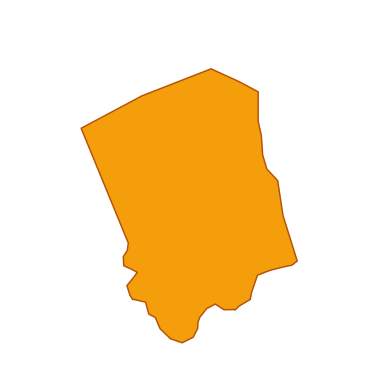 Mellerud, Västra Götaland, Sweden (Albers equal-area conic projection), rotated 227°
{"feature_id": "70781695B28344262532925", "entity_name": "Mellerud", "entity_type": "district", "adm_level": 2, "iso_a3": "SWE", "parent_name": "Sweden", "parent_adm1": "Västra Götaland", "projection": "albers", "projection_center": [12.416, 58.693], "detail": "fine", "context": "isolated", "style": "filled", "palette": "amber", "viewbox_px": 384, "rotation_deg": 227, "n_neighbors": 0, "source": "geoboundaries", "source_scale": "gbopen_adm2", "svg_char_len": 699}
<svg xmlns="http://www.w3.org/2000/svg" viewBox="0 0 384 384"><g transform="rotate(227 192 192)"><path d="M76.3,143.4L76.5,148.5L73.7,161.3L78.2,167.5L86.5,183.2L81.4,195.8L75.4,206.8L70.3,215.3L69.8,221.9L112.7,242.5L141.9,262.4L157.7,262.4L171.0,269.0L185.6,280.9L198.8,288.8L220.1,308.7L240.0,301.9L268.2,290.3L269.1,289.9L296.5,220.9L314.2,154.4L198.1,110.6L193.3,104.7L191.6,97.7L184.6,91.8L178.2,94.5L170.6,97.2L169.5,91.8L167.9,80.5L158.8,76.2L153.7,75.3L153.2,76.2L143.1,82.9L132.1,77.1L125.4,79.6L113.6,75.4L99.3,76.2L88.4,82.0L85.0,93.8L88.3,103.1L92.5,107.3L95.1,112.4L96.7,123.3L94.2,132.6L84.1,135.1L76.5,143.5L76.3,143.4Z" fill="#f59e0b" stroke="#b45309" stroke-width="1.5"/></g></svg>